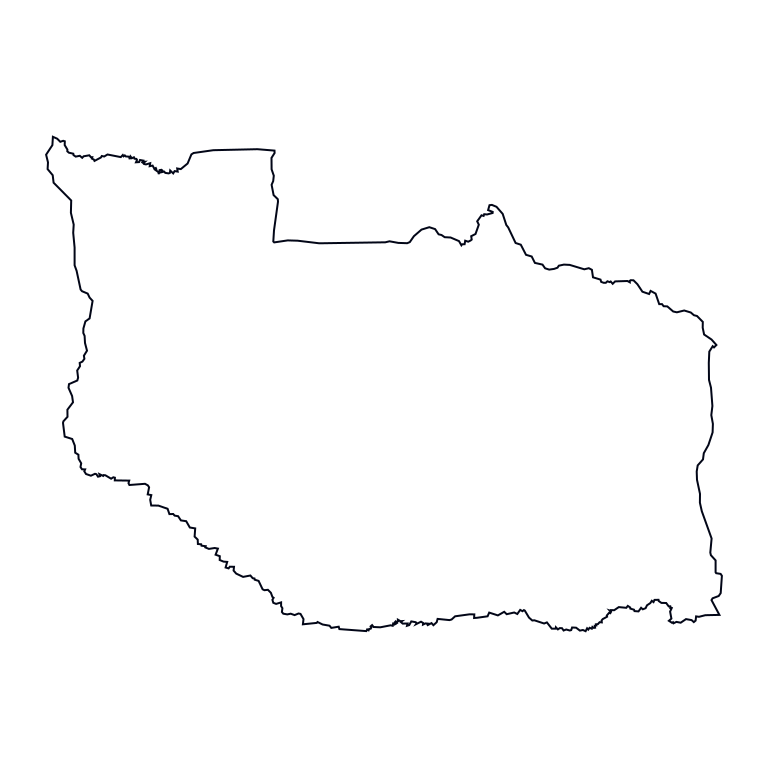 Chai Buri, Surat Thani, Thailand
{"feature_id": "78962969B57683949209589", "entity_name": "Chai Buri", "entity_type": "district", "adm_level": 2, "iso_a3": "THA", "parent_name": "Thailand", "parent_adm1": "Surat Thani", "projection": "orthographic", "projection_center": [99.067, 8.459], "detail": "fine", "context": "isolated", "style": "outline", "palette": "ink", "viewbox_px": 768, "rotation_deg": 0, "n_neighbors": 0, "source": "geoboundaries", "source_scale": "gbopen_adm2", "svg_char_len": 6048}
<svg xmlns="http://www.w3.org/2000/svg" viewBox="0 0 768 768"><path d="M719.4,614.9L711.5,600.1L712.6,598.3L718.7,596.0L720.7,593.1L721.9,575.8L720.6,573.9L716.2,573.2L715.6,572.3L715.6,560.4L710.9,555.2L710.3,552.6L711.6,538.5L701.8,511.2L699.9,502.7L700.0,493.9L697.0,479.8L696.7,471.5L697.7,465.4L703.0,459.4L703.8,453.2L708.4,445.0L712.6,432.4L712.9,423.9L711.3,415.1L712.4,406.0L711.0,387.7L709.0,379.9L708.8,362.9L709.3,351.6L712.7,346.2L714.0,347.4L716.4,345.0L711.5,339.5L704.1,334.5L702.7,327.7L702.8,321.9L697.0,316.0L693.9,315.2L690.8,312.5L684.2,310.5L676.9,312.3L673.2,311.5L667.3,306.4L663.6,306.2L662.0,304.1L659.2,304.1L655.6,293.6L650.6,290.9L649.1,294.0L642.4,291.7L637.4,284.2L633.5,280.3L630.7,280.2L629.8,280.8L629.8,282.3L627.4,281.0L615.1,281.4L612.7,283.8L610.7,281.5L609.7,282.1L607.4,281.3L605.8,282.8L603.7,282.8L601.2,281.9L600.5,279.6L593.0,277.3L591.9,269.8L588.8,268.2L584.3,269.3L569.7,264.9L563.9,264.6L558.8,265.7L557.5,267.7L554.1,268.9L549.2,269.6L545.1,268.3L542.5,264.6L534.9,262.9L531.7,256.5L526.0,254.8L520.8,244.7L515.6,243.0L508.2,227.4L506.3,225.0L502.7,213.9L496.5,206.8L491.9,204.9L489.5,205.2L488.1,210.1L492.7,211.9L492.6,213.0L487.0,214.5L484.2,214.2L483.6,215.9L481.5,215.3L477.2,221.3L478.8,224.7L475.5,234.0L471.2,236.2L471.7,239.6L470.6,240.5L468.2,241.7L465.2,240.7L464.6,244.2L462.1,244.3L461.4,245.3L459.0,241.1L450.6,237.5L444.7,237.2L441.5,235.0L438.6,234.3L435.1,229.1L429.3,227.2L421.5,229.6L413.9,236.2L409.8,242.1L407.2,243.2L398.3,242.9L389.5,241.3L385.3,242.3L319.3,243.3L297.6,240.7L287.7,240.4L274.2,242.4L273.3,241.5L274.0,230.4L278.0,201.7L277.8,199.2L273.6,195.1L271.6,184.8L273.2,181.1L273.8,175.7L271.6,169.3L271.5,157.9L274.6,153.0L274.5,150.6L257.4,149.2L213.3,150.2L193.6,153.0L191.4,154.4L187.6,163.5L180.8,169.1L177.2,168.5L177.7,171.6L174.6,171.1L173.2,173.4L170.2,170.5L169.9,172.9L168.7,173.4L165.3,172.9L164.2,171.6L161.1,172.3L162.3,170.5L161.5,169.8L159.6,170.1L158.8,174.1L158.3,172.0L155.2,169.8L156.3,169.1L155.8,168.0L154.3,168.7L152.6,165.6L149.7,166.2L150.2,163.2L146.0,164.4L144.0,164.0L143.3,163.2L144.9,161.8L142.5,162.0L143.3,160.6L140.0,160.0L139.1,162.1L136.0,162.3L137.0,159.9L136.4,158.9L134.5,158.7L133.9,157.3L131.9,158.2L130.7,156.7L130.5,158.3L129.5,158.4L129.1,156.7L125.7,156.4L124.8,155.4L123.6,156.3L122.8,155.0L120.8,157.1L107.5,154.5L104.2,156.5L101.8,156.0L100.9,157.5L94.5,160.9L93.9,159.6L91.9,158.6L92.3,157.2L90.9,157.2L89.3,155.3L83.6,156.3L82.2,157.8L79.8,155.8L75.7,156.6L73.5,155.1L73.3,153.7L68.9,152.7L67.3,151.3L67.4,149.6L64.7,145.1L64.8,141.3L63.2,140.8L60.3,141.8L57.2,138.7L52.9,136.8L52.4,145.1L46.1,154.7L48.0,162.4L47.6,169.1L52.7,175.2L53.6,182.7L71.2,200.5L70.9,212.8L73.7,224.6L73.2,232.8L74.6,247.6L74.6,265.3L76.6,270.8L80.6,289.5L82.0,291.2L87.7,293.6L89.6,297.6L92.6,300.9L89.6,318.4L85.4,321.4L83.4,328.5L83.3,333.0L84.6,335.9L85.0,343.0L87.0,350.7L83.9,355.7L84.4,358.8L82.4,361.6L79.7,362.9L80.0,366.2L77.2,370.5L78.1,377.7L77.3,380.5L69.0,384.1L68.5,387.8L72.1,396.0L73.0,402.3L67.4,409.7L67.5,416.8L63.4,421.3L63.0,422.9L64.7,436.6L72.2,439.0L74.8,445.6L75.2,452.7L78.4,454.7L78.6,458.8L81.2,463.3L80.5,467.0L82.0,469.3L85.1,469.4L84.3,471.3L86.0,474.0L90.9,475.7L95.0,473.8L96.4,474.2L98.0,476.7L100.0,476.2L99.4,474.1L103.1,475.9L103.5,475.1L105.4,475.3L111.1,478.7L113.3,477.3L114.9,477.7L114.8,480.4L129.2,480.6L128.5,483.2L129.4,485.0L145.0,483.8L147.9,485.4L149.1,487.3L147.7,494.4L151.3,495.1L150.2,499.8L151.2,505.5L158.4,505.6L167.6,508.8L169.4,514.1L173.2,514.0L174.6,515.6L178.1,516.2L180.9,520.4L186.2,521.2L189.8,527.5L195.2,528.4L194.6,536.6L197.7,539.6L197.9,544.0L201.2,544.3L201.5,545.7L205.7,546.2L205.3,547.4L208.9,548.9L214.7,548.0L217.9,548.6L215.6,554.7L219.8,556.2L219.7,560.0L223.5,561.6L227.2,561.9L225.6,567.5L228.6,568.4L229.8,566.7L234.0,566.8L233.6,570.6L236.2,573.6L243.1,576.9L250.4,575.5L252.7,578.2L254.5,578.5L254.7,579.7L258.6,580.9L262.6,589.3L264.4,590.2L267.9,589.8L270.9,592.8L272.4,596.9L273.6,597.8L272.4,599.8L273.3,602.8L276.1,603.9L281.1,602.4L281.1,606.1L282.4,608.2L281.9,612.0L283.3,613.7L287.3,614.4L290.7,613.7L294.6,615.1L298.5,613.5L300.5,613.9L303.5,619.1L302.9,624.3L316.8,622.9L317.5,622.0L322.6,624.5L329.5,625.7L331.3,627.9L338.7,626.7L339.4,629.1L366.3,631.1L367.2,629.4L368.6,630.3L369.2,628.9L370.7,628.7L371.3,627.6L370.6,626.4L372.1,625.1L373.6,627.0L380.3,627.3L390.7,625.3L392.7,625.8L393.1,623.8L394.3,624.6L395.6,623.9L394.6,622.5L395.7,621.4L397.3,623.7L396.9,621.9L398.0,621.3L397.9,619.7L400.5,621.2L402.0,621.1L400.8,622.0L402.7,623.6L407.6,623.5L407.0,625.8L409.2,625.1L411.3,621.4L415.7,622.2L416.7,623.1L416.0,624.2L421.0,621.7L423.2,623.0L423.0,624.6L425.5,623.4L428.6,623.7L427.3,624.4L427.7,625.1L431.5,623.1L433.4,625.2L436.7,622.2L437.6,618.9L449.5,620.1L451.6,619.5L455.1,616.3L469.7,614.3L474.3,614.4L474.1,618.0L476.9,617.8L487.6,616.3L489.2,612.6L497.9,615.4L504.2,611.8L506.7,614.2L514.2,612.5L517.3,614.0L520.2,609.9L522.5,611.2L523.9,610.1L524.8,610.6L529.0,617.6L532.3,620.5L534.4,620.3L544.1,623.5L546.9,622.4L551.8,628.7L555.7,628.7L555.9,627.3L557.9,629.4L559.8,628.1L562.0,628.2L563.6,630.5L566.2,629.5L569.8,630.5L571.2,630.1L572.1,627.5L576.1,627.7L579.9,630.6L582.9,630.0L585.6,631.2L587.1,628.3L588.3,629.6L589.6,627.8L591.8,628.7L592.4,626.9L593.8,627.9L595.1,627.7L594.8,625.7L596.3,625.5L596.0,624.3L597.9,624.1L599.6,622.2L601.8,622.4L601.6,620.5L602.7,619.1L607.1,616.7L606.8,615.5L609.1,612.8L610.3,613.2L610.9,612.0L609.6,610.5L611.1,611.0L611.1,610.1L614.2,610.2L618.8,607.1L626.3,607.8L627.8,605.9L630.2,607.5L630.3,608.6L634.0,609.7L634.5,611.1L638.5,611.4L641.1,607.8L642.8,609.3L645.6,608.2L647.0,605.3L650.3,603.1L651.8,600.8L653.5,602.1L654.5,599.9L658.5,599.8L658.7,601.0L661.4,602.9L666.2,603.0L668.7,606.4L670.2,606.3L670.3,608.9L671.0,607.5L671.8,607.9L670.1,611.6L671.4,618.6L668.9,620.8L672.0,622.8L673.0,622.2L673.5,623.3L676.4,621.9L680.7,622.7L686.0,619.1L691.6,620.1L693.8,622.1L695.6,620.6L696.1,616.4L699.0,616.8L705.3,615.2L719.4,614.9Z" fill="none" stroke="#020617" stroke-width="2"/></svg>